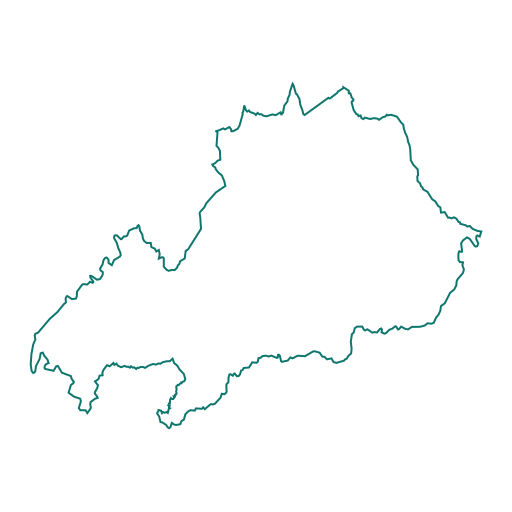 Celica, Loja, Ecuador (Equal Earth projection)
{"feature_id": "8360857B35359374832073", "entity_name": "Celica", "entity_type": "district", "adm_level": 2, "iso_a3": "ECU", "parent_name": "Ecuador", "parent_adm1": "Loja", "projection": "equal_earth", "projection_center": [-80.041, -4.165], "detail": "fine", "context": "isolated", "style": "outline", "palette": "teal", "viewbox_px": 512, "rotation_deg": 0, "n_neighbors": 0, "source": "geoboundaries", "source_scale": "gbopen_adm2", "svg_char_len": 6030}
<svg xmlns="http://www.w3.org/2000/svg" viewBox="0 0 512 512"><path d="M338.0,91.5L337.3,92.8L330.3,98.2L329.4,98.5L328.4,97.8L304.6,115.0L303.3,114.0L302.4,110.2L300.3,104.8L299.4,98.8L296.8,94.1L295.9,93.7L293.5,85.2L292.6,83.8L289.9,91.8L289.6,94.7L287.8,98.6L287.5,101.3L284.3,105.6L283.0,112.7L281.6,114.4L281.2,114.4L280.6,112.3L275.6,115.2L272.5,114.4L266.4,116.3L263.4,115.7L261.3,114.2L259.5,114.4L257.6,112.9L255.9,115.0L254.7,113.7L249.9,111.9L248.9,110.5L247.2,111.6L245.9,110.2L244.3,105.4L243.2,111.7L242.5,112.7L242.7,114.2L239.6,125.4L237.7,128.8L233.2,131.1L231.4,131.3L231.1,129.4L229.4,127.0L225.0,129.4L223.4,128.4L216.9,131.1L215.5,130.8L217.5,132.5L216.5,145.9L218.2,147.6L219.9,150.8L220.3,159.7L217.6,160.7L215.1,163.2L212.3,164.5L213.2,166.1L215.2,167.4L215.9,169.4L218.5,172.7L221.8,175.3L224.2,181.0L225.4,185.9L215.8,192.5L206.2,203.4L204.3,207.4L200.2,211.8L199.6,213.3L200.3,217.7L201.0,228.9L188.1,249.4L185.7,250.9L184.7,258.5L180.0,261.3L179.3,264.0L177.9,265.3L177.1,267.7L174.6,270.1L172.2,269.9L168.6,270.8L166.8,269.9L163.8,266.8L163.8,258.3L163.2,257.5L161.8,257.2L158.8,258.6L159.7,254.3L158.8,250.0L156.3,251.5L154.9,248.7L151.4,247.1L150.7,242.9L146.8,243.0L144.1,241.0L142.9,238.5L142.3,234.5L140.0,230.7L139.3,226.3L138.5,225.2L137.6,225.8L136.7,228.1L134.0,228.3L129.2,230.5L127.2,235.5L126.2,236.3L124.1,236.3L121.4,239.2L120.8,239.2L116.8,235.3L115.0,235.3L114.3,236.1L114.1,238.2L116.7,242.6L118.2,247.9L120.3,252.6L120.7,255.1L119.9,256.6L114.1,260.0L111.8,265.2L108.6,263.0L108.5,259.7L107.2,258.0L106.3,257.5L104.8,258.3L103.4,260.5L102.6,264.4L100.1,268.6L100.5,270.4L102.7,272.0L102.9,273.4L102.3,275.7L99.9,279.1L97.0,279.7L91.6,276.0L90.2,275.9L90.5,277.8L93.3,281.4L93.2,282.3L92.6,282.8L90.1,281.7L87.3,284.5L83.6,284.1L82.1,284.7L77.0,291.7L76.8,296.3L75.9,298.6L71.9,299.1L67.5,296.1L66.7,296.3L65.6,298.4L65.9,302.5L63.8,304.2L57.3,312.2L50.0,318.6L38.0,332.7L35.3,333.8L34.7,335.8L35.4,339.4L33.2,344.5L31.4,354.4L30.7,364.5L31.6,370.9L33.2,373.0L34.7,372.3L35.4,370.8L35.9,366.3L39.7,358.8L40.7,353.2L42.8,352.6L44.3,355.8L47.5,359.6L48.6,363.1L46.2,364.0L44.7,366.0L44.5,368.0L45.4,369.0L53.6,370.8L56.2,366.3L57.9,366.0L61.9,372.7L70.9,376.1L71.7,378.9L73.9,382.0L73.2,383.3L70.9,385.0L68.6,392.7L74.1,396.7L80.2,398.7L80.9,401.4L78.8,408.1L80.3,410.2L85.6,410.3L87.3,413.1L90.6,408.5L90.8,407.3L90.2,404.2L90.7,401.9L95.3,398.6L97.6,398.0L97.2,396.6L94.9,393.6L94.8,392.4L97.2,388.1L98.0,385.3L95.0,381.4L98.4,379.2L99.6,375.6L102.6,375.3L102.4,372.7L103.3,370.2L107.0,365.2L109.7,366.3L113.4,363.0L114.3,364.9L116.5,363.6L117.8,365.7L121.2,367.2L124.7,365.9L126.7,366.9L128.2,366.6L129.9,367.7L131.0,366.3L132.6,367.6L134.4,367.4L136.1,369.0L137.4,367.7L138.5,368.0L140.3,367.1L143.0,366.9L145.0,367.9L148.4,365.8L153.1,364.0L156.0,364.6L158.7,363.4L160.4,363.8L162.5,362.3L166.5,361.3L169.8,361.2L172.6,358.7L174.2,363.2L177.0,365.3L179.7,369.7L183.8,373.9L185.3,379.1L184.3,381.2L181.3,382.4L181.4,383.3L179.9,383.7L178.7,385.1L177.8,384.9L176.2,386.6L176.6,389.6L176.1,391.5L176.6,393.5L175.6,394.2L175.6,395.1L174.9,395.2L174.9,396.5L173.7,396.3L174.1,397.8L173.2,399.0L172.1,399.1L171.0,398.1L170.0,400.0L169.9,403.2L169.0,403.4L168.3,405.3L169.0,405.6L169.0,406.6L169.5,406.3L169.0,408.0L169.8,408.3L168.7,409.1L167.8,412.9L166.8,412.0L164.7,412.8L163.0,412.0L162.0,413.1L161.1,410.7L158.5,410.0L158.1,411.6L157.0,413.0L156.7,412.8L159.2,416.6L160.5,422.1L162.2,422.4L166.2,424.9L167.4,427.0L169.0,428.2L170.4,427.2L171.8,422.9L174.0,424.5L176.0,425.0L180.3,424.2L181.4,421.2L183.9,419.6L185.4,414.2L188.5,411.1L190.7,410.2L194.8,410.6L196.0,408.4L201.9,408.8L203.2,407.3L204.8,409.2L210.6,404.2L213.0,404.4L214.9,403.8L220.5,397.7L221.8,393.8L224.4,394.2L226.2,392.7L226.6,391.4L226.3,385.0L226.8,383.8L228.4,382.3L228.5,377.7L229.4,374.5L230.4,374.2L232.8,375.7L234.1,373.6L234.7,373.5L236.9,376.2L238.6,376.1L240.0,374.4L241.1,370.6L242.7,369.9L243.7,368.0L249.0,367.5L252.2,362.3L256.4,362.8L257.7,361.9L258.5,358.1L260.5,357.8L262.5,356.1L266.2,355.7L268.6,356.5L271.3,355.6L276.8,357.9L277.8,357.5L278.0,355.0L278.8,354.7L279.9,355.8L281.1,361.2L281.8,361.8L287.7,360.6L290.4,357.4L292.5,358.4L297.7,355.7L305.0,356.2L313.2,351.4L314.8,351.3L319.7,352.7L322.3,356.6L324.5,356.8L327.0,359.3L331.4,358.4L333.5,362.0L336.4,362.9L344.2,360.6L344.9,359.5L346.7,358.7L348.3,356.0L351.1,353.5L351.6,348.9L350.8,341.8L351.9,334.2L353.6,332.7L354.8,328.2L357.1,326.6L362.2,326.6L364.2,330.1L365.2,330.4L367.4,329.3L372.2,332.6L374.7,332.1L377.0,332.5L379.9,329.0L381.3,328.5L381.9,329.5L381.6,332.3L384.4,333.7L386.3,332.9L389.4,329.7L392.4,328.6L395.2,326.3L396.0,326.4L398.0,329.5L399.1,329.1L401.1,326.6L405.3,328.9L408.1,329.4L411.8,326.9L419.8,326.8L424.4,325.7L427.6,323.3L431.3,323.7L433.7,322.9L436.1,317.6L438.5,314.7L440.3,310.8L441.0,306.0L444.7,303.4L450.2,292.7L454.1,289.6L456.3,285.4L456.6,281.6L457.4,279.5L463.0,272.9L463.9,269.5L462.4,265.2L463.0,262.3L460.0,262.1L458.5,260.1L458.3,255.1L458.8,252.0L459.3,251.3L461.7,251.9L462.1,251.1L461.1,243.4L463.0,240.4L467.0,237.4L469.7,238.8L474.7,246.0L475.7,246.6L477.2,246.2L478.3,243.4L476.2,238.9L476.4,236.3L477.3,235.5L479.7,236.6L481.3,231.5L477.4,230.9L472.5,228.8L469.8,226.0L467.4,226.5L465.8,225.3L460.3,223.8L460.1,222.4L458.5,221.9L456.5,218.8L454.0,217.3L451.4,218.4L449.8,217.6L448.1,217.7L444.7,212.1L441.0,212.6L440.3,207.3L438.3,206.1L435.2,201.3L432.2,199.3L427.5,191.8L423.3,189.5L422.5,187.5L421.0,186.2L420.1,183.4L417.5,180.9L417.3,176.4L418.1,175.1L417.7,169.4L413.1,164.5L410.8,160.2L410.2,149.1L409.5,145.1L408.3,142.4L407.1,136.8L405.3,133.1L403.7,128.0L403.3,124.7L400.9,122.3L396.9,116.6L391.2,114.8L387.4,115.4L386.8,114.8L385.0,116.7L383.4,116.9L379.0,119.8L377.4,118.6L373.6,118.2L370.1,119.0L364.8,117.6L363.3,119.1L361.5,118.1L360.6,115.5L358.5,116.2L357.8,114.5L356.4,114.1L353.7,110.2L351.7,102.9L351.8,101.4L353.2,100.8L353.4,99.4L351.8,97.7L350.3,93.3L348.8,93.3L348.8,90.7L343.3,87.2L343.3,88.2L338.0,91.5Z" fill="none" stroke="#0f766e" stroke-width="2"/></svg>